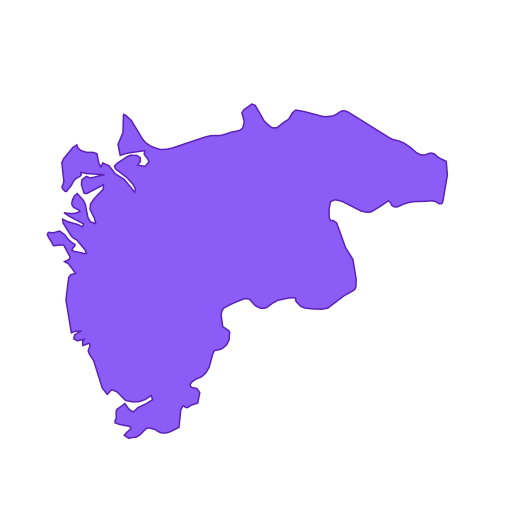 map outline of Vest-Agder (orthographic projection), rotated 81°
{"feature_id": "NOR-916", "entity_name": "Vest-Agder", "entity_type": "County", "adm_level": 1, "iso_a3": "NOR", "parent_name": "Norway", "parent_adm1": "", "projection": "orthographic", "projection_center": [7.224, 58.601], "detail": "fine", "context": "isolated", "style": "filled", "palette": "violet", "viewbox_px": 512, "rotation_deg": 81, "n_neighbors": 0, "source": "natural_earth", "source_scale": "10m", "svg_char_len": 4333}
<svg xmlns="http://www.w3.org/2000/svg" viewBox="0 0 512 512"><g transform="rotate(81 256 256)"><path d="M416.3,402.8L416.0,404.5L416.0,408.4L416.2,410.2L412.5,414.2L409.7,410.9L407.2,406.5L404.7,407.1L401.1,417.0L398.7,421.3L396.4,420.9L394.3,419.3L388.6,418.7L386.2,417.8L385.3,416.6L383.2,412.2L381.2,408.6L386.3,406.1L388.7,404.3L390.8,401.4L387.3,396.4L384.7,387.5L381.7,380.6L377.3,381.3L380.5,388.0L381.6,394.5L380.7,401.0L378.2,407.5L368.8,414.2L365.4,419.3L369.4,424.6L362.3,428.5L334.0,432.7L326.9,435.9L323.6,436.6L317.9,433.7L316.1,434.6L317.4,441.0L314.2,440.9L312.8,440.3L311.4,438.8L311.8,445.8L309.3,448.9L305.6,447.5L302.9,441.1L302.2,445.6L302.3,447.6L303.0,450.4L269.7,450.6L248.0,444.4L245.5,441.9L244.9,436.9L234.4,442.4L231.6,446.0L230.1,441.1L228.2,439.7L215.4,444.1L214.7,445.5L214.7,447.0L214.6,448.1L214.3,449.8L214.4,452.2L214.2,454.2L212.8,455.1L211.4,455.3L204.8,458.1L201.9,458.7L200.2,457.3L201.4,452.6L200.6,446.1L204.7,441.9L210.3,438.8L214.1,435.6L216.3,432.9L218.0,433.6L219.5,435.7L221.3,436.9L222.8,435.3L225.6,427.7L226.8,425.3L226.8,423.1L223.3,423.9L212.2,430.4L209.9,433.4L207.0,435.6L193.5,441.3L189.4,441.2L192.4,437.0L197.2,426.7L200.1,423.0L197.4,421.2L187.3,434.6L183.2,438.9L184.5,434.9L185.3,431.3L185.5,427.5L184.6,422.9L182.5,424.3L179.5,428.4L177.3,429.7L174.6,429.6L171.2,428.1L168.1,425.8L166.3,422.8L174.1,417.8L178.1,416.5L192.0,416.0L196.4,414.1L199.0,409.3L193.7,409.6L184.0,412.6L178.7,411.3L174.3,407.1L166.0,396.4L161.8,395.5L167.9,413.5L167.0,416.0L158.1,417.3L153.6,416.1L150.8,411.1L152.9,407.7L152.9,403.6L152.3,398.7L152.1,392.9L148.0,410.6L146.0,415.9L148.6,415.9L149.9,417.6L150.7,420.1L151.9,422.7L153.8,424.7L157.4,427.3L161.0,431.5L162.6,432.9L162.4,434.4L159.1,436.6L157.4,436.8L153.8,434.7L151.9,434.1L133.5,433.2L129.6,430.6L120.2,419.9L118.2,415.6L121.7,414.9L124.8,411.9L127.1,407.1L128.1,400.8L130.1,397.1L139.9,396.7L143.7,395.3L141.2,393.3L140.1,392.8L143.9,387.0L152.7,382.2L159.9,374.0L174.0,365.8L170.9,364.6L166.5,366.0L158.3,371.3L148.0,381.2L145.0,381.7L142.8,378.8L137.8,367.9L136.8,364.3L138.0,358.0L140.8,355.0L144.4,355.3L147.6,358.7L150.1,351.7L146.3,346.9L142.3,348.1L138.2,350.5L134.5,349.5L134.3,367.7L135.4,374.4L124.2,374.8L113.2,368.1L95.9,364.8L95.4,364.5L97.2,362.2L102.7,357.9L122.2,350.0L124.6,348.7L127.1,347.0L130.8,343.1L133.6,338.5L135.9,333.7L136.6,327.8L136.3,322.1L130.6,288.2L130.1,282.5L130.4,278.7L131.4,272.9L131.2,269.6L129.7,259.7L129.7,256.0L129.3,252.0L127.4,249.0L121.7,246.6L112.4,247.5L109.6,245.0L105.3,236.2L107.1,233.2L124.2,226.7L129.6,222.4L132.0,219.8L132.6,215.3L128.2,207.5L126.1,202.4L120.6,197.9L119.1,195.9L118.1,193.8L120.8,186.0L128.9,167.6L129.5,163.9L129.7,158.0L128.7,154.6L126.9,150.9L126.1,148.2L126.5,145.4L128.4,142.3L160.6,105.2L162.7,101.9L165.1,96.1L167.9,91.8L173.1,86.3L178.9,81.5L181.7,77.8L182.7,73.2L181.7,69.3L181.8,66.4L183.2,63.7L187.3,60.4L192.3,53.3L205.9,54.3L231.1,62.8L232.7,63.7L233.4,65.1L233.1,66.7L231.4,68.8L229.9,70.8L228.9,74.4L228.4,81.0L227.1,90.5L227.0,95.9L227.8,102.0L228.9,105.7L229.6,109.3L229.0,112.0L226.8,114.2L224.3,114.7L222.2,116.6L226.3,125.3L229.5,132.9L230.5,135.9L230.1,140.0L228.0,145.2L215.5,162.4L213.8,166.4L212.8,169.4L214.0,173.9L220.8,176.4L228.9,177.7L231.1,177.4L232.7,176.5L233.1,174.1L235.9,171.2L261.6,166.3L274.5,160.8L294.9,160.7L301.9,162.1L304.1,163.4L305.4,165.4L309.0,175.2L318.8,193.4L318.8,199.7L317.3,207.5L315.2,215.6L313.0,219.3L311.5,220.7L310.3,221.3L308.1,223.0L307.0,223.5L305.9,223.7L303.8,223.6L303.0,225.9L302.6,230.4L303.2,241.6L305.2,247.0L308.6,253.6L308.9,256.1L308.5,259.3L306.4,262.7L304.8,264.6L298.5,268.7L297.2,270.0L296.4,274.3L298.4,283.4L299.8,288.4L302.4,296.1L304.9,298.2L308.7,299.7L320.5,299.9L325.6,294.5L327.4,294.0L334.6,295.7L339.1,298.9L341.7,303.0L342.7,306.1L342.9,310.9L343.2,312.3L345.7,313.9L358.8,319.8L363.8,324.1L366.7,328.5L368.2,334.3L369.7,338.0L371.8,340.6L374.1,341.4L376.0,339.7L376.8,337.0L377.7,335.1L382.2,332.9L392.2,336.6L392.9,341.4L393.3,343.7L394.0,344.9L394.8,346.8L394.9,348.4L394.2,349.6L393.1,350.4L392.5,351.3L396.0,354.3L413.2,358.9L415.8,366.9L416.6,370.5L416.6,373.0L416.1,376.8L414.4,379.7L413.4,381.0L412.5,381.6L412.0,382.2L411.2,383.6L410.3,386.0L409.2,387.7L409.1,389.8L409.3,391.5L414.5,398.6L416.3,402.8Z" fill="#8b5cf6" stroke="#5b21b6" stroke-width="1.5"/></g></svg>